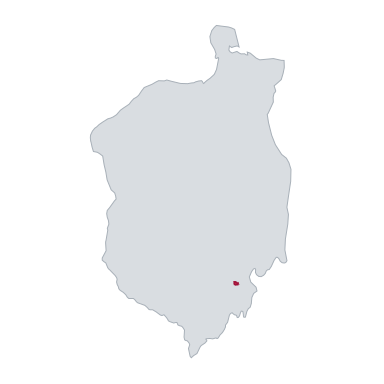 location of Cornea, Caras-Severin, Romania, rotated 268°
{"feature_id": "2599482B15009159935229", "entity_name": "Cornea", "entity_type": "district", "adm_level": 2, "iso_a3": "ROU", "parent_name": "Romania", "parent_adm1": "Caras-Severin", "projection": "robinson", "projection_center": [22.32, 45.012], "detail": "fine", "context": "in_parent", "style": "filled", "palette": "rose", "viewbox_px": 384, "rotation_deg": 268, "n_neighbors": 0, "source": "geoboundaries", "source_scale": "gbopen_adm2", "svg_char_len": 4242}
<svg xmlns="http://www.w3.org/2000/svg" viewBox="0 0 384 384"><g transform="rotate(268 192 192)"><path d="M305.0,214.0L308.8,218.4L313.6,220.8L324.5,223.3L325.5,223.0L325.6,222.6L324.8,221.9L324.6,221.1L325.1,220.0L326.6,220.0L329.1,220.9L333.7,219.6L340.5,216.0L346.7,215.3L352.6,217.4L355.6,219.9L357.6,222.2L357.1,225.1L356.8,226.9L355.6,234.3L354.6,237.2L353.0,240.3L335.3,244.1L336.4,242.3L335.8,239.1L335.0,236.7L336.6,234.5L332.6,233.8L330.8,234.9L329.5,237.0L330.9,241.8L329.0,244.4L328.3,245.9L328.3,249.4L327.2,250.9L327.0,252.5L329.9,252.1L328.7,255.1L323.5,260.9L321.7,264.3L322.5,278.0L320.4,286.2L320.3,288.6L314.5,288.6L312.8,288.5L307.4,287.2L301.2,285.1L297.6,280.8L295.2,277.8L290.1,279.2L289.1,278.8L287.7,277.4L283.8,276.4L279.0,276.4L268.1,270.9L266.9,269.9L258.5,270.9L245.9,273.6L236.3,277.0L226.4,282.9L222.5,287.5L217.8,289.9L211.2,291.7L199.2,291.0L186.8,288.7L173.4,286.3L166.2,287.6L156.5,286.6L141.7,283.7L130.8,282.8L120.0,284.5L118.2,283.2L117.8,281.7L118.2,279.6L119.7,277.8L122.3,276.5L123.7,275.2L123.8,273.9L120.9,271.7L114.9,268.7L112.4,266.9L111.8,266.4L111.6,264.7L110.4,263.4L108.1,262.4L106.3,260.7L105.0,258.2L105.3,255.8L107.1,253.6L109.4,252.6L112.2,252.9L113.4,252.3L112.9,250.7L110.2,248.7L105.1,246.3L99.9,247.6L94.6,252.7L90.8,253.5L88.5,250.1L84.4,248.1L78.5,247.4L74.8,246.1L73.4,244.2L70.8,242.7L65.1,241.0L65.0,239.5L66.0,239.1L68.0,239.0L70.7,238.7L71.2,237.8L71.2,237.0L69.1,236.0L66.9,235.3L65.8,234.6L65.0,233.9L64.9,233.1L65.5,232.5L66.4,232.5L67.3,232.0L67.8,230.2L69.0,228.7L69.8,228.2L69.7,227.1L68.9,226.0L67.7,225.1L66.0,224.6L60.5,223.0L57.8,220.8L56.1,220.8L53.4,219.5L50.6,217.6L48.1,215.0L45.4,213.2L44.8,212.5L44.7,211.8L45.2,211.1L45.2,210.2L44.5,207.6L45.0,204.8L44.9,202.2L44.9,201.0L44.4,200.7L43.9,201.1L43.2,201.6L42.6,201.6L40.6,199.7L38.2,195.8L36.5,194.5L33.2,192.8L30.4,191.3L28.5,188.0L26.4,185.5L27.8,184.4L35.7,183.0L39.4,184.4L41.0,183.9L42.7,182.7L43.6,181.8L43.7,180.8L44.5,179.5L47.2,179.0L54.3,179.7L57.1,178.0L58.2,177.0L58.8,174.9L59.6,173.3L62.1,172.4L62.1,170.8L61.7,169.2L63.2,165.4L64.1,163.9L65.5,163.3L67.3,162.2L70.3,159.7L69.6,157.6L70.2,156.0L73.3,152.2L75.7,148.5L75.7,146.7L76.0,145.0L78.1,143.3L80.3,141.0L83.2,133.8L84.3,132.6L86.2,131.2L87.6,129.8L87.8,125.1L89.1,123.7L91.7,122.2L94.2,119.7L96.2,116.8L97.8,115.5L99.9,115.1L102.2,114.0L104.7,113.5L107.2,114.1L108.8,113.8L111.1,112.4L117.1,107.0L118.0,106.0L119.2,105.2L124.1,103.4L125.4,101.6L127.0,99.9L129.2,100.0L136.3,104.1L143.9,103.9L145.3,104.0L145.7,104.1L146.7,104.4L156.8,106.5L158.3,106.2L158.7,106.1L162.8,107.8L166.4,107.5L169.8,106.4L173.4,106.0L176.6,106.7L179.1,109.0L185.6,114.0L187.6,115.9L190.5,115.6L193.8,114.7L197.0,111.3L207.1,107.6L214.9,106.6L222.4,105.1L231.1,104.0L233.6,100.9L235.0,98.8L235.9,94.9L240.5,93.7L245.0,92.9L246.6,92.5L249.8,92.3L252.4,92.6L256.3,94.6L259.1,97.0L260.3,98.9L262.7,101.6L265.2,105.5L268.1,110.5L268.7,113.1L269.8,115.9L271.9,119.3L275.9,123.0L276.5,123.7L278.3,126.4L281.9,132.2L284.8,134.6L287.3,137.1L288.6,139.7L290.4,142.0L294.7,145.1L298.1,147.9L301.1,155.9L303.1,159.6L304.4,162.5L304.0,168.2L304.8,170.7L303.4,175.2L300.9,184.2L300.4,191.4L301.0,195.3L301.1,197.7L301.9,199.3L302.7,202.6L302.9,205.5L301.9,206.3L300.5,206.9L300.0,207.5L301.3,208.8L303.2,211.2L305.0,214.0Z" fill="#d9dde1" stroke="#a8b0b8" stroke-width="1"/><path d="M99.4,234.4L99.4,234.2L99.5,234.1L99.4,234.1L99.4,233.9L99.3,233.7L99.5,233.5L99.5,233.4L99.6,233.2L99.8,233.0L99.9,232.9L100.0,232.8L100.0,232.7L100.2,232.4L100.3,232.4L100.5,232.4L100.5,232.5L100.7,232.4L100.7,232.1L100.7,231.9L100.8,231.3L100.8,231.2L100.8,230.9L100.7,230.9L100.5,231.0L100.4,231.0L100.2,231.1L99.9,231.1L99.7,231.0L99.5,230.9L99.4,230.9L99.2,230.9L99.0,231.0L98.9,231.0L98.7,231.3L98.7,231.2L98.4,231.2L98.2,231.2L98.2,231.3L98.0,231.5L98.1,231.8L98.1,232.0L97.9,232.0L97.8,232.3L97.7,232.4L97.6,232.5L97.4,232.6L97.3,232.8L97.2,232.8L97.3,232.8L97.5,233.0L97.6,233.3L97.8,233.5L97.9,233.8L98.0,233.9L98.1,234.0L98.3,234.1L98.2,234.2L98.3,234.2L98.3,234.3L98.3,234.5L98.3,234.8L98.4,235.0L98.5,234.9L98.5,235.0L98.7,234.9L98.8,234.9L98.7,234.8L98.7,234.7L98.8,234.5L98.8,234.4L99.0,234.4L99.3,234.4L99.4,234.4Z" fill="#f43f5e" stroke="#9f1239" stroke-width="1.5"/></g></svg>